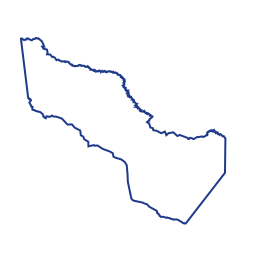 outline of Feijó, Acre, Brazil, rotated 83°
{"feature_id": "56859067B34777651635639", "entity_name": "Feijó", "entity_type": "district", "adm_level": 2, "iso_a3": "BRA", "parent_name": "Brazil", "parent_adm1": "Acre", "projection": "natural_earth1", "projection_center": [-71.035, -8.896], "detail": "fine", "context": "isolated", "style": "outline", "palette": "blue", "viewbox_px": 256, "rotation_deg": 83, "n_neighbors": 0, "source": "geoboundaries", "source_scale": "gbopen_adm2", "svg_char_len": 5789}
<svg xmlns="http://www.w3.org/2000/svg" viewBox="0 0 256 256"><g transform="rotate(83 128 128)"><path d="M229.8,82.3L184.3,37.2L150.3,32.6L150.1,32.6L149.7,33.1L147.9,33.8L147.7,34.0L147.8,35.1L147.4,35.5L146.1,36.1L145.4,36.9L146.0,37.9L145.3,38.1L145.0,39.6L143.5,39.5L143.2,39.7L143.7,41.4L142.3,41.4L142.2,41.7L142.5,42.4L142.3,42.9L141.4,43.3L141.2,43.6L140.9,43.5L140.9,42.8L140.6,42.7L140.3,42.9L140.5,43.5L141.4,44.3L140.9,44.5L140.8,44.8L141.3,45.2L141.2,45.7L140.3,46.0L140.9,47.2L141.4,47.6L141.2,47.9L141.4,48.3L141.2,48.5L141.6,49.2L141.9,49.1L142.4,49.9L142.8,49.8L143.3,50.2L144.3,49.9L144.8,50.2L144.7,51.2L144.9,51.3L145.6,52.6L145.8,53.7L146.1,54.3L146.0,54.7L145.4,55.5L145.6,59.4L145.4,60.5L147.0,64.1L146.9,64.7L146.2,65.4L145.3,67.4L145.6,68.2L146.4,68.8L146.4,69.1L146.0,69.8L145.4,69.9L144.8,70.6L141.3,77.4L141.9,80.0L137.8,83.6L138.1,88.4L139.8,90.8L136.1,91.8L137.2,95.7L134.3,99.8L133.2,103.2L131.3,103.3L130.1,105.8L126.1,106.4L124.5,108.4L123.8,107.5L123.4,106.0L122.1,105.8L120.3,102.9L119.6,102.3L119.1,102.8L118.9,103.5L118.7,103.5L118.2,103.8L118.1,104.3L118.2,104.6L117.6,104.5L116.7,105.5L116.9,106.2L116.8,106.6L116.6,106.9L116.5,106.2L116.3,106.2L116.3,106.5L116.1,106.4L115.6,106.7L115.4,107.0L115.7,108.0L115.6,108.3L114.7,108.7L114.7,109.1L114.4,109.2L114.3,109.7L114.0,109.7L113.7,110.2L113.4,110.3L113.1,109.7L112.9,109.8L113.3,110.6L113.2,111.2L113.5,112.0L113.4,112.3L112.8,112.2L112.6,112.5L113.0,112.9L112.9,113.2L112.4,112.6L112.0,112.5L111.7,113.8L111.2,113.4L110.9,113.5L110.7,113.7L110.8,114.0L109.8,114.5L109.6,114.7L109.6,115.2L109.9,115.4L109.9,115.8L109.6,116.0L109.2,115.6L108.4,115.9L108.2,115.6L108.0,115.8L107.9,116.1L108.4,116.5L108.4,116.8L108.2,117.0L108.1,117.4L107.9,116.8L107.3,116.3L106.8,116.5L106.4,117.6L106.3,117.4L106.3,116.7L106.0,116.6L105.4,117.3L105.0,117.2L104.9,116.7L104.2,117.9L104.5,118.1L103.7,117.8L103.0,118.3L103.0,119.1L102.6,118.9L102.0,119.5L101.2,118.7L100.9,118.7L100.3,119.7L100.2,120.8L100.0,120.7L99.6,120.1L99.3,120.2L99.0,120.7L98.6,120.7L97.7,121.4L97.7,121.7L97.4,121.5L97.1,123.1L96.5,122.6L96.2,123.2L96.4,123.8L96.0,124.4L95.8,124.4L95.2,123.7L94.9,123.7L94.7,124.0L94.4,123.8L94.2,124.0L94.3,123.2L94.0,123.3L93.5,124.0L93.1,123.3L92.4,123.6L92.4,123.2L92.1,123.3L92.1,123.9L91.9,123.8L91.7,124.0L91.6,124.5L90.9,125.2L90.6,124.4L90.4,125.3L90.2,125.4L90.0,125.5L90.0,125.1L89.3,125.4L89.5,125.8L88.9,125.9L88.9,125.6L88.4,125.5L88.5,125.8L88.2,126.3L87.9,126.5L87.6,126.2L87.4,126.7L87.0,126.7L87.0,127.3L86.7,127.5L85.6,127.9L85.7,127.0L85.3,127.0L85.0,127.4L84.6,126.4L83.9,126.3L83.4,126.6L83.0,126.4L82.8,126.9L82.5,127.0L82.0,126.1L81.9,126.3L81.0,125.7L80.7,126.0L80.5,125.8L80.2,126.1L80.0,125.5L79.2,125.6L78.9,126.3L78.6,126.3L78.3,126.7L78.1,126.8L78.0,127.7L77.8,127.8L77.2,127.4L77.1,127.7L76.7,128.1L76.8,128.4L76.7,128.7L76.3,128.4L76.2,128.8L75.6,128.7L75.4,129.0L74.7,129.1L74.7,129.6L74.1,130.4L74.2,130.7L74.0,131.5L73.8,131.5L73.5,131.2L73.3,131.4L73.3,132.0L72.1,132.3L71.3,133.7L71.4,134.0L71.7,134.1L71.5,135.2L71.3,135.0L71.0,135.6L70.4,135.9L70.7,136.4L70.4,136.9L70.4,137.6L69.9,137.8L69.9,138.8L69.6,139.0L69.7,139.5L69.4,139.8L69.5,140.2L69.3,140.9L69.8,141.9L69.7,142.2L70.0,142.4L69.6,142.9L69.6,143.2L69.1,143.2L68.8,143.6L68.6,144.0L69.0,144.3L69.1,145.1L68.8,144.9L68.7,145.2L69.0,145.4L69.0,146.1L68.9,146.8L68.2,147.0L69.0,148.0L68.7,148.0L67.4,149.4L67.7,150.2L68.0,150.3L67.8,150.6L68.1,151.2L67.8,151.5L67.6,152.6L68.2,153.1L67.9,153.6L67.1,153.9L67.3,154.1L67.2,154.5L66.8,154.2L66.6,154.1L66.5,154.7L66.2,154.8L66.3,155.0L66.3,155.7L66.0,155.8L65.7,157.6L65.5,157.4L65.2,157.4L65.0,157.6L65.1,158.2L64.3,158.4L64.0,158.6L63.9,159.2L63.5,159.5L63.0,159.4L62.6,160.0L62.3,159.9L61.8,160.5L62.1,160.7L62.1,161.1L62.4,161.1L62.1,162.6L61.6,163.1L61.7,163.4L61.1,163.6L60.6,165.2L60.8,165.5L60.6,166.6L60.3,166.6L59.7,167.6L60.0,167.8L59.8,168.6L59.6,168.8L59.7,169.0L59.6,169.3L60.2,170.1L60.3,171.4L60.0,172.6L60.3,173.3L59.8,173.9L59.7,174.9L59.3,175.2L59.2,175.6L58.6,175.5L58.2,175.9L58.3,176.6L57.8,176.9L57.6,177.5L56.1,178.6L55.5,178.6L55.2,178.9L55.0,179.9L54.5,180.6L55.0,182.0L54.9,182.3L54.0,182.7L53.9,183.0L54.2,183.7L53.8,184.9L54.0,185.7L53.5,186.5L53.1,186.8L52.7,187.9L52.4,188.2L52.0,188.3L51.6,188.9L51.9,190.7L49.4,192.0L48.2,193.4L48.3,194.6L45.6,196.2L45.0,199.4L43.2,198.6L40.3,198.9L39.1,202.1L36.8,203.2L37.0,201.2L31.5,202.9L28.3,205.8L28.5,206.0L28.4,206.4L28.2,207.1L27.5,207.9L27.4,208.5L28.0,209.1L28.2,209.7L28.2,211.3L29.3,212.8L28.1,214.9L27.4,215.6L27.3,216.0L26.8,216.6L26.9,217.7L27.2,218.1L27.8,218.1L27.8,219.3L28.1,220.2L27.7,221.1L26.4,222.0L26.2,222.7L26.3,223.4L86.0,223.4L86.9,222.1L87.4,222.5L87.6,222.3L87.8,221.3L88.1,221.0L88.8,221.0L90.4,222.6L91.1,222.7L93.8,221.5L94.7,221.5L95.1,220.9L95.2,220.3L95.7,220.1L96.1,220.5L97.1,220.7L98.3,220.5L98.7,218.8L99.6,218.0L100.1,216.4L100.5,216.2L101.2,213.7L101.6,213.3L101.9,212.6L104.5,210.6L106.4,210.6L106.6,210.0L107.6,209.5L108.3,208.4L106.5,207.5L107.4,204.3L106.4,201.8L107.4,200.9L108.1,197.5L110.6,192.5L117.2,187.6L117.6,183.2L121.2,180.8L124.7,175.7L129.5,175.7L131.1,173.4L133.7,172.9L136.8,169.1L141.4,169.5L140.8,164.0L141.5,163.4L141.7,160.3L145.8,155.4L149.1,148.9L151.2,146.2L154.7,145.9L155.8,144.3L158.4,138.5L161.2,135.5L164.6,133.8L173.9,134.1L181.6,134.7L198.4,133.3L200.3,132.1L201.2,130.1L203.6,123.1L205.1,120.5L206.0,118.4L208.7,116.5L213.8,109.5L216.0,109.4L216.5,108.5L217.4,108.3L217.6,107.7L218.3,107.4L219.2,107.3L219.6,106.5L220.2,106.1L220.5,103.5L221.7,101.3L221.6,99.9L222.0,99.5L222.4,97.9L223.1,97.1L223.5,95.9L223.8,95.5L224.2,94.2L224.6,93.7L224.5,91.8L224.9,90.3L225.6,89.1L227.1,87.4L227.2,86.8L229.2,84.8L229.3,84.5L229.2,84.1L229.5,84.0L229.8,82.8L229.8,82.3Z" fill="none" stroke="#1e3a8a" stroke-width="2"/></g></svg>